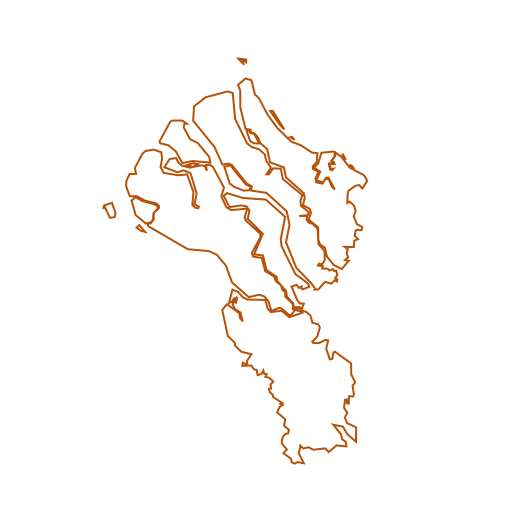 Labutta, Ayeyarwady, Myanmar, rotated 111°
{"feature_id": "60261553B3473904040713", "entity_name": "Labutta", "entity_type": "district", "adm_level": 2, "iso_a3": "MMR", "parent_name": "Myanmar", "parent_adm1": "Ayeyarwady", "projection": "albers", "projection_center": [95.041, 16.149], "detail": "fine", "context": "isolated", "style": "outline", "palette": "amber", "viewbox_px": 512, "rotation_deg": 111, "n_neighbors": 0, "source": "geoboundaries", "source_scale": "gbopen_adm2", "svg_char_len": 6172}
<svg xmlns="http://www.w3.org/2000/svg" viewBox="0 0 512 512"><g transform="rotate(111 256 256)"><path d="M347.2,243.4L350.7,235.2L349.3,225.0L356.8,226.8L360.6,225.6L360.3,230.1L363.5,229.4L359.8,221.1L362.5,217.4L362.1,214.6L366.7,211.8L364.1,208.7L360.3,208.1L362.9,206.3L362.5,203.6L365.4,204.0L365.0,199.9L367.0,194.9L370.9,196.4L374.3,194.4L375.4,196.3L378.2,194.4L379.7,190.3L381.4,189.8L383.9,178.6L385.3,180.0L385.5,177.8L388.6,179.9L394.4,180.2L398.1,170.0L404.3,169.1L406.5,162.9L410.4,162.5L411.4,164.8L415.2,166.1L419.3,165.7L421.7,164.7L425.6,157.9L430.3,159.7L432.7,150.7L435.8,148.7L435.9,145.4L433.5,143.3L432.4,137.1L424.8,145.3L417.1,146.6L418.8,142.9L415.8,138.6L416.3,133.0L410.8,122.4L412.9,117.8L403.9,112.9L401.4,103.4L397.4,105.5L396.0,110.1L392.0,112.7L385.8,123.4L384.2,113.6L389.6,107.0L393.6,96.1L380.1,101.1L379.3,111.2L374.8,115.2L369.6,114.6L366.2,119.4L358.2,121.4L357.5,119.8L360.9,118.3L360.6,116.5L353.6,119.0L352.3,115.0L349.8,115.1L342.5,119.4L338.6,118.1L332.3,124.7L322.2,128.7L317.1,148.0L318.3,149.1L324.8,147.9L326.1,150.0L317.3,157.3L308.9,158.4L309.3,161.0L314.8,166.0L316.6,171.5L315.7,172.8L309.1,169.9L299.8,170.8L297.5,173.3L298.1,179.4L292.0,183.9L290.3,188.9L290.3,192.4L292.3,192.2L301.1,203.0L297.9,212.5L303.1,222.2L300.8,226.3L293.7,231.6L299.7,248.4L299.4,253.2L296.0,259.8L295.8,266.0L309.5,264.3L307.4,262.1L303.7,261.6L301.9,258.7L307.6,257.7L303.1,259.4L309.4,260.5L313.0,256.9L314.3,250.3L321.8,245.0L319.7,248.7L315.5,250.9L311.4,265.8L318.4,268.2L340.7,253.7L344.7,244.5L347.2,243.4ZM289.3,268.9L297.0,248.0L291.0,239.2L290.8,233.6L294.0,228.0L301.8,222.0L296.2,216.0L295.8,213.4L299.7,202.3L292.5,200.4L291.7,194.4L289.9,194.0L289.5,196.7L292.3,202.5L287.7,204.4L283.4,214.2L279.3,215.8L278.0,219.5L274.6,221.9L272.3,228.6L268.7,231.5L266.8,242.0L255.7,249.9L257.6,258.5L254.6,260.9L237.3,258.7L233.9,259.7L226.4,278.5L223.7,280.5L214.9,281.2L222.0,295.6L221.1,301.1L212.8,309.7L203.6,310.4L188.4,327.9L187.4,331.8L188.9,335.3L194.1,332.4L190.5,336.1L190.9,339.5L197.2,349.3L198.1,357.4L197.0,361.3L193.2,365.7L196.4,371.4L206.0,373.3L206.0,359.3L202.0,354.3L202.1,346.9L218.9,333.8L229.8,331.9L230.3,327.1L232.1,327.1L232.7,329.5L231.4,333.6L218.6,337.4L204.5,349.6L208.5,357.6L211.5,372.0L207.0,377.1L198.8,378.5L193.1,381.6L193.3,389.6L197.6,396.8L201.3,398.7L217.2,400.6L222.4,397.4L224.7,403.4L232.6,403.9L237.5,402.2L245.4,395.3L242.9,388.7L244.1,379.1L242.7,368.0L243.9,364.6L246.0,363.8L252.5,366.8L258.6,364.6L263.4,366.1L264.7,369.1L266.8,367.2L274.1,322.0L268.3,301.9L268.9,293.1L275.7,280.7L289.3,268.9ZM231.1,189.6L236.5,180.3L237.5,171.3L227.3,167.7L227.9,171.4L224.0,169.5L221.4,172.2L216.6,172.9L215.7,176.6L212.6,167.9L206.5,169.8L203.7,166.8L201.8,171.1L196.8,172.0L195.2,171.1L194.3,166.9L192.2,166.7L190.8,167.4L190.1,173.2L184.0,179.0L178.3,179.1L173.7,182.7L171.7,188.1L173.8,189.8L164.7,192.8L161.8,193.1L154.7,188.2L152.8,184.9L154.9,180.9L146.0,179.1L141.9,184.1L139.9,200.1L133.1,211.4L130.9,218.7L134.4,217.8L139.7,219.5L140.6,216.4L142.2,215.7L143.9,220.6L146.3,218.2L148.3,217.5L146.7,214.9L148.8,215.6L148.8,217.7L144.1,221.0L143.2,220.9L141.8,216.4L140.3,219.8L135.2,218.4L131.2,219.4L130.7,221.2L136.2,231.9L147.8,231.1L152.6,233.9L154.2,226.3L163.7,226.9L163.2,219.9L157.7,218.5L156.8,216.5L165.7,206.2L164.1,210.0L158.1,215.7L159.4,218.8L164.6,219.8L165.6,226.1L162.6,228.2L154.8,227.9L154.3,234.2L152.0,235.1L146.6,233.0L138.0,235.5L139.4,240.8L136.5,254.0L136.7,263.8L128.8,282.1L120.0,295.7L107.6,309.9L105.6,314.9L93.6,323.1L94.0,329.4L102.7,334.1L107.0,330.1L123.1,323.8L141.1,311.3L140.0,306.4L142.4,304.9L142.1,301.5L144.2,297.2L149.0,292.5L152.3,283.7L163.5,276.5L163.3,261.7L171.8,256.3L180.3,233.9L184.3,231.3L191.6,230.4L192.8,222.5L196.2,220.1L203.2,219.9L207.0,208.2L218.2,203.8L222.2,200.5L223.6,194.6L231.1,189.6ZM266.4,189.4L264.9,185.8L255.5,182.4L254.8,175.7L250.4,173.9L250.8,171.3L248.8,171.5L248.1,174.2L244.8,173.2L241.0,175.8L242.1,177.4L240.7,179.5L243.3,182.2L242.1,184.5L244.0,189.7L241.7,189.9L242.7,194.7L240.5,194.6L240.1,191.2L234.8,190.4L226.8,193.9L222.4,202.0L208.3,208.4L205.8,214.4L205.8,219.2L203.8,221.9L200.5,222.5L203.1,229.9L199.3,222.3L196.1,222.5L193.0,232.1L188.5,234.3L182.6,234.5L174.5,258.6L165.6,264.1L168.0,271.4L175.1,273.2L176.0,275.5L168.4,273.7L163.5,280.4L158.0,284.3L155.3,291.3L155.8,299.1L154.1,304.6L135.5,324.6L112.2,336.1L112.5,341.4L125.9,359.9L138.4,367.4L152.2,363.2L169.1,333.8L182.7,320.1L179.6,314.8L179.6,311.3L191.6,290.9L192.5,284.9L196.7,284.3L193.3,268.9L203.3,243.3L214.8,235.9L232.5,232.9L252.6,214.1L261.4,195.2L265.1,189.3L266.4,189.4ZM288.8,194.3L283.3,194.3L284.6,198.0L282.3,201.8L271.8,211.9L268.3,207.7L270.4,204.6L268.1,202.5L270.2,201.8L270.2,200.2L265.6,195.2L263.0,197.7L258.8,212.7L237.7,235.6L231.5,238.9L209.0,242.8L199.8,267.1L206.5,288.9L207.7,305.7L211.4,307.7L219.9,298.3L214.1,288.0L213.1,282.5L216.0,278.4L224.2,277.1L232.9,257.6L255.1,258.3L253.0,249.7L265.5,241.0L268.0,229.3L271.8,227.1L278.0,215.2L282.8,212.6L287.1,204.1L290.3,202.5L288.1,197.1L288.8,194.3ZM187.0,368.4L195.6,358.1L190.1,349.3L185.1,332.1L180.3,335.1L171.4,350.8L170.6,359.4L161.8,369.6L158.2,370.2L157.3,368.0L156.0,373.5L159.7,383.0L161.6,384.2L183.4,387.1L185.1,385.9L184.0,377.7L187.0,368.4ZM252.9,367.1L245.8,364.3L244.1,368.2L245.4,382.3L244.3,389.8L248.8,392.0L260.8,383.2L265.1,370.7L262.4,366.3L258.7,365.2L252.9,367.1ZM184.0,317.5L197.7,306.5L199.2,301.4L199.4,290.9L197.3,286.4L193.5,285.0L192.8,291.2L180.5,312.5L184.0,317.5ZM263.9,415.3L272.7,406.0L270.4,401.9L266.3,402.5L258.0,409.5L263.3,415.9L266.8,415.6L263.9,415.3ZM142.9,309.3L150.5,302.9L151.6,298.7L149.8,293.3L142.6,301.5L143.2,305.4L140.9,307.5L142.9,309.3ZM115.6,294.7L125.0,280.7L127.7,274.9L114.5,292.4L115.6,294.7ZM272.4,377.7L273.7,372.4L273.2,368.1L269.0,376.0L272.4,377.7ZM195.7,352.9L195.5,346.8L191.1,343.4L192.1,348.2L195.7,352.9ZM78.7,334.7L76.1,335.5L78.1,343.3L81.7,335.6L79.1,338.8L77.8,337.2L78.7,334.7ZM138.0,201.2L139.2,198.7L139.5,195.4L137.2,199.5L138.0,201.2ZM133.7,261.7L131.8,265.3L132.9,266.7L133.7,261.7ZM130.7,211.5L133.8,206.5L130.1,211.2L130.7,211.5Z" fill="none" stroke="#b45309" stroke-width="2"/></g></svg>